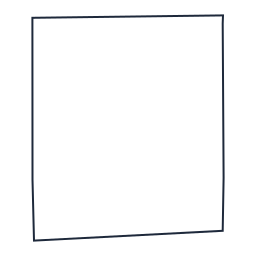 La Salle, Texas, United States of America
{"feature_id": "52423323B67793839713525", "entity_name": "La Salle", "entity_type": "district", "adm_level": 2, "iso_a3": "USA", "parent_name": "United States of America", "parent_adm1": "Texas", "projection": "albers", "projection_center": [-99.098, 28.339], "detail": "fine", "context": "isolated", "style": "outline", "palette": "slate", "viewbox_px": 256, "rotation_deg": 0, "n_neighbors": 0, "source": "geoboundaries", "source_scale": "gbopen_adm2", "svg_char_len": 226}
<svg xmlns="http://www.w3.org/2000/svg" viewBox="0 0 256 256"><path d="M32.4,17.8L32.5,177.0L32.5,179.6L34.0,240.6L222.7,230.8L223.6,177.9L222.7,23.5L223.0,15.4L32.4,17.8Z" fill="none" stroke="#1e293b" stroke-width="2"/></svg>